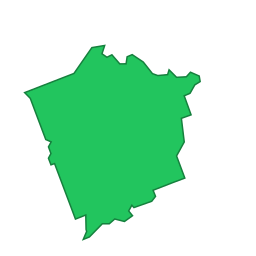 the district of Talbot, Georgia, United States of America, rotated 339°
{"feature_id": "52423323B20787176465292", "entity_name": "Talbot", "entity_type": "district", "adm_level": 2, "iso_a3": "USA", "parent_name": "United States of America", "parent_adm1": "Georgia", "projection": "albers", "projection_center": [-84.515, 32.7], "detail": "fine", "context": "isolated", "style": "filled", "palette": "green", "viewbox_px": 256, "rotation_deg": 339, "n_neighbors": 0, "source": "geoboundaries", "source_scale": "gbopen_adm2", "svg_char_len": 812}
<svg xmlns="http://www.w3.org/2000/svg" viewBox="0 0 256 256"><g transform="rotate(339 128 128)"><path d="M44.2,57.9L47.4,65.3L47.1,109.3L51.3,113.4L47.0,117.1L46.9,124.2L42.9,127.7L42.9,134.8L46.7,134.9L46.4,184.4L46.3,194.2L57.4,194.1L52.5,207.7L52.3,209.8L46.3,216.0L52.9,215.9L69.7,208.2L76.2,210.7L83.0,208.2L91.2,214.0L100.8,211.5L98.9,205.7L103.9,201.5L105.0,204.4L123.9,204.9L129.2,201.7L129.1,195.1L148.6,195.0L163.1,195.1L163.3,171.5L175.5,161.2L181.3,138.1L191.6,138.3L192.0,118.1L198.4,117.8L205.8,111.7L212.0,110.5L213.1,105.0L206.3,98.3L200.8,101.1L191.5,98.1L187.2,88.4L184.1,92.4L174.6,89.7L170.3,86.0L165.9,71.9L158.2,61.0L152.7,61.2L149.2,67.4L143.3,65.2L139.2,53.9L133.7,54.4L130.3,49.4L135.8,42.6L123.1,40.0L97.1,57.7L44.2,57.9Z" fill="#22c55e" stroke="#15803d" stroke-width="1.5"/></g></svg>